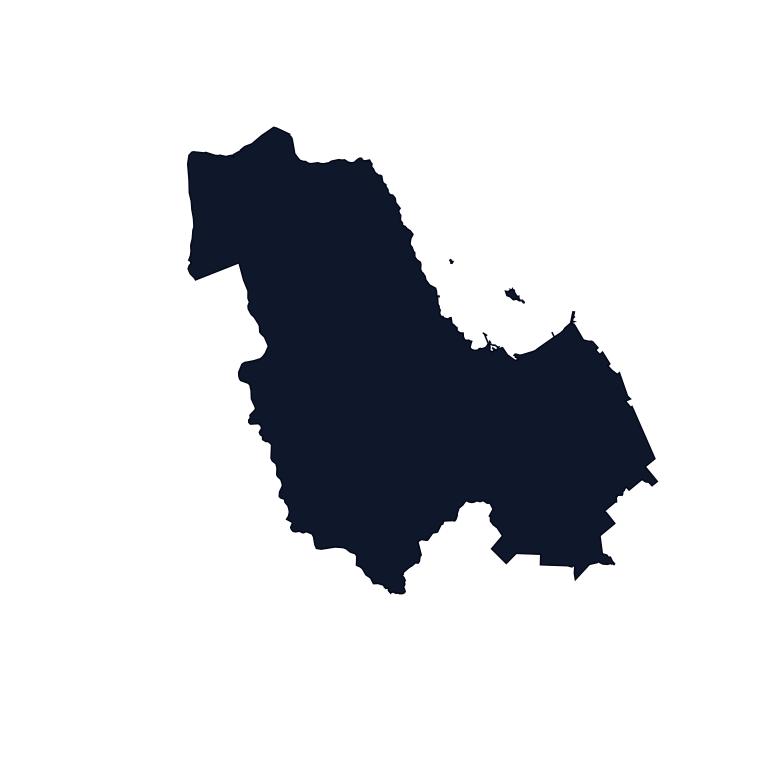 outline of Lower Hutt City, Wellington, New Zealand, rotated 126°
{"feature_id": "76426892B69033052068966", "entity_name": "Lower Hutt City", "entity_type": "district", "adm_level": 2, "iso_a3": "NZL", "parent_name": "New Zealand", "parent_adm1": "Wellington", "projection": "albers", "projection_center": [174.937, -41.285], "detail": "fine", "context": "isolated", "style": "filled", "palette": "ink", "viewbox_px": 768, "rotation_deg": 126, "n_neighbors": 0, "source": "geoboundaries", "source_scale": "gbopen_adm2", "svg_char_len": 6154}
<svg xmlns="http://www.w3.org/2000/svg" viewBox="0 0 768 768"><g transform="rotate(126 384 384)"><path d="M548.9,271.6L547.2,266.8L547.2,265.4L548.0,264.6L548.3,262.3L546.3,260.6L548.6,258.9L549.3,255.6L548.4,255.6L546.9,254.5L546.3,251.2L545.5,250.9L544.4,248.1L542.7,245.8L540.8,244.8L539.4,244.9L537.4,247.6L537.3,248.6L533.8,249.4L532.2,251.1L530.4,251.4L528.8,254.2L528.4,256.7L526.5,256.6L525.0,257.6L517.9,255.9L514.3,254.4L510.4,253.6L508.8,251.1L506.8,251.1L502.5,253.4L500.5,253.4L491.8,263.8L487.9,262.5L485.2,257.3L484.3,256.9L476.0,257.0L472.4,253.7L464.2,255.2L462.9,254.1L459.8,255.2L454.4,248.6L453.2,246.3L451.4,246.2L447.5,247.4L445.6,248.7L440.3,250.4L436.0,249.2L430.0,249.1L429.4,245.8L428.4,243.7L427.2,242.2L423.6,239.9L423.1,237.9L422.1,236.5L420.0,235.4L419.8,230.5L418.1,228.3L421.1,222.2L428.9,221.2L428.8,219.9L432.3,217.3L433.7,212.8L433.8,207.8L437.2,198.8L454.1,200.1L457.3,179.6L443.3,177.5L429.6,157.1L438.3,151.2L423.0,128.5L421.6,124.6L420.8,125.2L419.2,122.6L425.3,118.7L429.8,114.2L409.2,111.8L403.1,106.5L401.3,105.7L401.6,104.3L401.0,101.2L398.4,97.0L396.2,95.5L395.7,93.7L394.7,93.6L394.9,91.8L393.9,91.8L393.1,95.2L391.0,99.1L392.3,100.8L391.4,103.0L393.0,107.6L379.8,120.1L361.1,115.3L357.3,129.0L357.7,129.7L356.9,130.9L343.7,127.6L342.7,126.6L339.4,129.3L336.5,129.4L334.0,126.0L332.3,126.4L331.3,127.5L328.6,127.2L326.5,127.8L324.9,126.9L325.8,123.4L309.5,119.2L309.4,114.8L307.8,112.1L308.8,107.4L302.2,105.6L297.4,124.1L285.2,120.9L256.4,170.1L257.9,170.6L255.9,178.6L251.2,175.8L250.7,179.8L236.5,200.2L239.1,200.8L239.0,207.3L237.8,213.5L235.0,213.1L229.7,226.0L233.3,226.6L232.2,232.6L228.9,232.2L227.1,240.1L228.1,240.4L227.6,241.7L229.0,243.1L231.2,248.5L224.3,264.4L224.6,264.9L223.9,265.4L225.0,267.3L223.1,267.7L221.7,266.7L222.5,268.6L218.8,270.1L218.8,269.5L217.9,269.4L218.0,270.4L213.8,272.3L214.6,273.6L225.1,268.8L232.4,270.5L235.4,270.3L239.1,271.2L245.9,273.8L243.3,278.7L246.0,273.8L265.4,280.5L265.5,280.1L269.4,282.0L279.4,289.5L281.0,291.2L282.2,294.8L283.2,295.7L284.4,295.6L284.0,294.4L285.1,293.4L284.2,289.4L287.9,291.6L287.9,301.3L284.9,309.5L287.7,311.5L287.7,312.6L286.6,312.8L287.3,313.3L287.3,317.1L289.2,319.9L287.4,316.7L287.4,313.2L288.1,313.4L288.6,312.6L290.8,313.2L290.9,317.2L291.3,317.1L291.4,314.9L294.3,315.0L294.8,318.2L291.8,319.9L290.7,321.3L289.3,321.1L288.4,320.0L289.3,321.2L291.0,321.6L290.8,322.1L290.4,322.7L287.8,322.8L288.2,321.6L287.0,324.4L287.9,322.9L290.4,322.8L289.8,322.9L289.9,323.4L284.8,331.7L284.2,329.0L284.5,334.2L284.6,332.1L290.0,323.4L292.1,323.1L295.0,323.3L298.3,325.8L298.5,327.0L299.5,327.8L301.4,327.9L303.6,330.5L304.4,332.7L304.4,334.8L303.7,336.0L298.2,338.2L297.6,337.5L298.8,339.9L298.7,341.2L300.2,342.7L300.8,344.9L299.1,347.6L295.8,350.3L296.7,350.1L298.0,352.9L297.9,356.2L295.4,358.2L295.7,359.0L295.1,362.3L295.2,364.5L290.9,368.7L292.1,369.9L293.1,369.7L294.3,371.3L295.8,375.9L293.9,376.1L295.8,375.9L295.5,378.4L293.9,380.8L291.1,382.0L290.3,384.0L288.6,385.2L288.2,386.6L287.1,387.8L281.4,392.3L280.9,390.8L280.5,391.2L281.8,392.9L277.8,396.4L276.2,398.6L277.1,405.3L275.2,411.3L272.8,413.9L271.3,417.8L271.4,418.9L269.8,421.8L265.5,424.5L264.1,426.2L264.2,430.4L263.1,433.7L259.5,436.5L259.5,437.9L256.8,441.7L256.1,444.4L254.4,445.9L250.5,447.8L245.9,448.5L244.6,452.8L244.8,456.6L244.1,459.5L244.8,462.1L242.8,463.8L242.0,466.9L237.6,469.7L237.1,471.5L235.4,474.0L232.4,474.2L230.4,481.1L227.2,484.0L226.1,487.9L227.1,490.0L227.1,491.8L225.8,494.0L224.6,494.8L223.2,498.4L221.6,499.7L221.8,501.8L221.2,503.9L217.2,507.9L217.1,509.1L218.3,511.2L218.1,515.7L216.1,519.3L215.8,521.5L212.8,523.3L212.7,524.6L211.3,527.3L214.9,530.7L215.5,533.2L214.6,534.7L215.3,536.2L217.8,537.4L222.1,538.3L224.1,540.2L225.6,543.3L225.8,547.6L227.5,549.5L229.1,552.5L234.9,557.7L237.0,558.3L240.7,561.6L242.8,564.5L243.9,567.6L248.2,572.0L249.9,574.7L250.1,578.3L251.3,580.0L252.5,583.7L250.2,591.5L240.1,601.9L238.9,603.7L238.5,606.1L237.4,607.1L240.1,621.3L241.2,624.1L252.7,628.2L253.4,627.9L253.8,628.7L267.5,632.1L273.8,636.2L278.7,637.5L278.8,637.0L279.4,637.1L287.3,640.8L288.2,640.7L288.6,640.0L288.8,642.0L292.9,645.6L295.3,651.2L296.6,652.2L298.4,655.2L301.4,664.3L302.9,665.5L308.2,674.7L309.4,675.7L313.6,676.2L321.4,672.1L333.5,661.7L343.7,653.9L349.6,647.1L355.5,642.2L362.1,635.4L368.5,630.1L371.8,629.0L379.1,624.5L385.3,621.9L389.9,618.2L393.8,616.0L398.6,614.7L398.4,612.4L400.2,610.9L402.7,611.2L406.0,610.1L408.7,605.5L409.7,599.6L410.6,597.7L371.1,572.6L382.4,558.7L388.6,548.7L394.6,544.4L396.8,541.0L400.8,539.9L403.1,537.8L405.7,532.4L406.2,528.3L409.3,520.6L410.4,518.8L415.0,515.0L415.7,512.8L416.2,508.4L421.3,499.8L428.8,498.1L433.3,498.1L436.3,498.9L441.8,503.0L448.7,509.5L451.6,510.5L460.0,508.4L463.0,506.0L464.7,503.9L465.4,502.0L463.2,494.4L463.6,491.9L467.6,487.5L473.9,482.6L478.7,474.2L480.2,473.1L488.0,474.1L490.2,472.1L492.6,472.3L494.6,470.7L494.9,468.4L490.2,462.7L489.8,461.2L490.2,459.0L491.8,456.9L496.3,456.5L497.8,454.2L497.5,451.8L500.3,449.5L499.9,445.6L498.9,444.4L498.7,443.0L498.8,440.5L499.7,438.9L510.5,431.7L511.9,429.0L512.1,424.4L514.9,421.1L520.5,417.4L521.4,415.5L521.9,411.3L525.1,407.1L526.5,406.2L532.8,405.0L536.6,402.6L536.9,400.8L535.7,396.7L537.9,394.6L539.0,390.1L541.9,386.5L543.5,385.1L546.9,383.6L550.7,383.3L549.8,377.0L550.8,376.2L554.9,375.2L556.1,373.4L556.6,371.0L555.7,368.8L552.7,365.8L552.4,363.1L551.7,361.7L549.1,360.1L547.6,354.1L549.1,351.1L554.7,345.4L556.7,342.0L554.5,337.7L544.7,327.9L540.5,321.2L539.5,318.1L539.8,312.5L538.2,307.5L538.9,305.6L540.2,304.1L546.8,299.8L546.0,296.0L546.0,293.1L549.0,286.5L548.8,280.8L551.7,275.2L548.9,271.6ZM236.3,322.4L235.7,324.9L234.2,326.2L234.7,326.2L234.3,327.3L235.0,327.8L233.1,332.4L231.6,333.6L231.9,334.9L231.6,335.8L232.3,335.4L233.1,337.0L233.2,336.3L234.9,336.5L234.7,337.2L236.3,337.9L237.5,340.3L240.2,336.5L239.2,333.4L239.8,329.0L237.3,326.3L237.2,323.5L236.3,322.4ZM246.4,399.9L244.5,400.1L244.9,400.6L244.2,403.1L245.2,403.5L246.0,401.4L246.9,400.9L246.4,399.9ZM236.4,319.0L235.8,318.4L235.2,319.1L235.0,321.3L235.9,320.7L236.4,319.0Z" fill="#0f172a" stroke="#020617" stroke-width="1.5"/></g></svg>